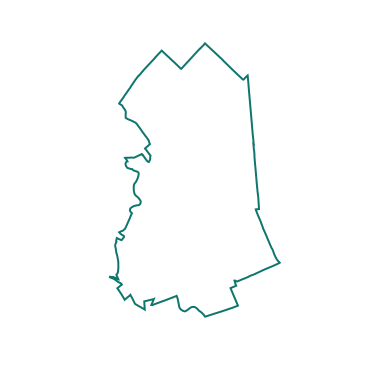 the district of Nuci, Ilfov, Romania, rotated 37°
{"feature_id": "2599482B37933054292549", "entity_name": "Nuci", "entity_type": "district", "adm_level": 2, "iso_a3": "ROU", "parent_name": "Romania", "parent_adm1": "Ilfov", "projection": "orthographic", "projection_center": [26.307, 44.722], "detail": "fine", "context": "isolated", "style": "outline", "palette": "teal", "viewbox_px": 384, "rotation_deg": 37, "n_neighbors": 0, "source": "geoboundaries", "source_scale": "gbopen_adm2", "svg_char_len": 5824}
<svg xmlns="http://www.w3.org/2000/svg" viewBox="0 0 384 384"><g transform="rotate(37 192 192)"><path d="M304.7,195.8L304.7,195.7L302.3,195.3L301.6,195.2L301.1,195.0L299.6,194.5L299.3,194.4L297.7,193.6L294.9,192.1L294.1,191.5L292.1,190.2L290.2,189.1L289.0,188.8L288.0,188.1L286.6,187.4L283.9,185.8L282.3,184.9L275.1,180.7L274.0,180.1L272.7,179.4L272.0,179.0L271.9,179.0L271.4,178.7L270.9,178.4L270.6,178.2L269.9,177.7L266.8,175.7L266.3,175.4L265.1,174.6L264.5,174.2L261.2,172.3L258.8,171.0L255.3,168.8L253.4,167.5L253.8,167.1L254.5,166.5L255.8,165.3L247.8,156.0L247.6,155.9L243.8,151.9L240.5,148.3L239.3,147.0L230.8,137.5L223.1,129.0L220.2,125.7L219.7,125.0L219.5,124.7L218.7,123.8L216.7,121.5L216.2,121.2L213.6,118.3L212.1,116.7L212.5,116.6L212.2,116.3L206.6,110.2L206.3,110.0L199.9,102.8L184.8,86.0L176.6,76.9L172.1,71.8L169.2,68.6L166.4,65.5L166.3,65.4L166.2,65.8L166.1,66.5L166.0,67.1L165.9,67.9L165.5,71.1L165.4,71.4L165.1,71.5L164.0,71.5L162.1,71.2L159.8,71.0L158.2,70.8L150.3,69.9L137.2,68.2L136.9,68.0L130.0,67.3L112.9,65.5L112.8,68.2L112.6,69.2L112.4,70.5L112.4,71.0L112.3,71.5L112.3,72.2L112.2,72.7L112.0,72.8L110.0,93.2L109.9,93.6L109.9,94.0L109.3,100.1L109.0,100.2L108.6,100.2L98.8,99.0L96.9,98.9L96.3,98.8L96.0,98.7L95.7,98.7L94.2,98.6L93.8,98.5L93.6,98.5L93.1,98.4L92.3,98.3L92.1,98.3L91.8,98.3L90.9,98.2L90.7,98.2L87.1,97.8L85.9,97.7L82.7,97.3L81.6,107.3L81.7,107.5L80.9,115.5L80.7,116.9L80.7,117.1L80.2,121.6L80.2,121.8L80.2,122.0L80.1,122.3L79.6,130.9L79.4,131.0L79.3,132.5L79.3,137.0L79.4,138.5L79.4,139.2L79.5,140.7L79.6,143.2L79.8,145.4L79.9,146.5L79.9,147.5L79.9,148.7L80.0,151.3L80.1,153.7L80.1,155.5L80.3,157.1L80.4,161.3L80.4,163.3L80.5,165.1L81.0,165.3L82.5,165.1L83.5,164.9L84.0,165.0L84.5,165.1L85.6,165.6L86.2,165.8L86.7,166.0L88.2,166.4L89.8,167.1L90.2,167.3L91.0,168.0L91.7,168.9L92.3,169.9L92.7,170.5L93.2,171.2L94.5,172.7L97.0,172.4L100.8,171.4L105.5,170.6L107.2,171.0L109.3,171.6L111.7,172.3L112.1,172.4L112.9,172.7L113.6,172.9L115.0,173.4L115.6,173.6L116.8,174.0L117.9,174.3L119.3,174.7L120.8,175.2L122.1,175.5L126.2,176.8L127.1,177.5L128.3,178.3L129.6,179.1L128.3,185.5L130.9,186.2L134.0,187.1L136.9,187.9L136.9,188.0L138.0,189.8L139.0,191.2L139.5,194.0L139.0,194.2L138.5,194.3L138.0,194.4L135.5,193.7L133.1,192.9L130.2,192.0L130.1,192.3L129.0,192.0L125.1,199.5L123.4,200.6L118.2,204.8L118.0,205.0L118.3,205.1L119.1,205.3L119.6,205.4L120.2,205.6L120.5,205.8L121.0,205.9L122.0,206.4L121.6,206.8L121.5,207.5L121.5,208.2L121.6,208.8L122.2,209.8L122.8,210.4L123.6,210.8L124.0,211.1L124.5,211.2L125.0,211.4L125.6,211.6L126.4,211.5L127.8,211.0L129.6,210.3L130.0,210.1L130.4,209.7L130.9,209.9L131.7,209.9L132.2,209.9L133.0,209.8L134.5,209.2L135.4,208.9L136.5,208.6L137.3,208.6L138.2,209.2L139.1,210.6L139.5,211.5L140.4,213.9L141.1,217.3L141.1,218.3L141.1,220.1L141.4,221.4L142.3,222.8L143.5,224.5L144.8,226.0L146.5,227.5L147.1,228.0L147.7,228.2L148.5,228.5L149.4,228.7L152.2,228.8L154.1,229.3L155.7,229.8L156.7,230.4L157.2,231.0L157.7,232.4L157.8,233.0L157.6,234.1L157.0,235.0L155.8,236.0L154.5,237.7L153.8,238.7L152.9,241.0L152.7,242.2L152.9,243.1L153.3,243.8L153.6,244.1L154.2,244.5L155.1,244.8L156.9,245.2L156.9,245.3L157.1,246.7L157.4,247.7L157.6,248.5L158.0,249.8L158.6,252.6L159.9,258.0L160.7,261.7L160.4,262.7L160.0,264.7L159.2,265.7L158.2,267.8L158.1,268.0L159.0,268.2L160.3,268.4L161.4,268.4L162.3,268.3L163.4,268.1L164.1,268.1L164.8,269.0L164.8,272.5L164.7,272.8L164.5,273.0L163.3,273.2L161.7,273.7L160.9,273.8L160.4,273.8L159.7,274.0L160.1,274.9L160.7,276.4L161.0,276.8L161.3,277.2L161.5,277.2L161.5,277.6L161.8,277.9L161.9,278.2L162.0,278.9L162.3,279.9L162.5,280.4L162.9,281.0L163.2,281.4L163.7,281.8L163.9,282.0L164.3,282.4L165.3,283.2L165.8,283.7L166.8,284.8L167.4,285.2L167.9,285.9L169.1,286.7L171.2,288.4L172.9,290.0L174.7,291.6L175.4,292.5L176.1,293.3L177.1,294.7L177.9,295.6L179.6,298.1L179.8,298.5L180.2,299.0L180.6,299.6L180.7,300.0L181.0,300.7L181.2,300.9L181.3,301.2L181.4,301.6L181.4,302.7L181.3,303.3L181.5,303.6L181.7,303.8L182.1,304.0L182.4,304.2L182.9,304.5L183.4,304.8L183.8,305.0L184.0,305.1L184.4,305.3L184.6,305.5L184.9,305.6L185.1,305.7L185.4,305.8L185.7,306.0L185.2,306.2L184.4,306.4L183.7,306.6L182.8,306.7L182.2,306.8L181.8,306.8L180.0,307.4L179.7,307.7L179.3,308.0L178.8,308.4L178.3,308.6L177.9,308.8L177.5,309.0L177.6,309.3L177.7,309.5L178.4,309.4L180.3,308.8L181.9,308.4L182.7,308.3L183.3,308.3L184.1,308.3L186.6,308.3L187.4,308.2L188.4,308.1L189.2,307.9L190.2,307.8L190.5,307.8L191.2,308.0L191.7,308.1L191.7,308.4L191.4,308.4L191.4,308.9L191.3,309.4L190.8,311.7L190.3,313.8L190.5,313.9L192.2,314.4L193.9,315.0L196.2,315.8L197.1,316.1L198.5,316.7L199.5,317.1L201.0,317.7L202.3,318.2L203.1,318.6L203.2,318.0L203.6,316.4L204.0,314.6L204.5,312.7L204.7,311.2L205.8,311.8L207.0,312.3L207.8,312.6L208.4,312.9L209.0,313.2L210.4,313.9L211.6,314.5L213.1,315.3L213.7,315.5L214.0,315.6L214.3,315.6L215.3,315.5L216.5,315.3L217.5,315.3L219.1,315.0L220.7,314.8L222.6,314.6L223.8,314.4L225.0,314.3L219.7,308.1L225.6,300.9L225.9,300.4L227.0,304.6L227.5,306.7L228.6,306.0L229.4,304.5L234.4,296.7L235.5,295.1L237.3,292.2L241.8,285.0L242.2,284.2L244.6,285.7L251.4,291.8L253.5,292.5L256.0,292.4L257.6,291.9L258.5,291.2L259.2,289.5L260.0,286.8L260.3,285.5L261.2,283.8L262.3,282.9L263.3,282.3L265.0,282.0L267.0,282.2L269.1,282.6L271.5,282.5L273.6,282.7L275.3,283.0L277.5,283.7L282.9,276.0L288.4,268.3L293.1,261.4L294.2,259.8L297.1,255.1L291.2,251.7L280.6,245.6L283.7,240.3L282.7,239.7L282.0,239.3L279.3,237.2L279.9,236.7L281.4,236.5L281.7,236.4L281.9,236.3L282.0,236.1L283.3,234.0L284.4,232.0L285.9,229.6L288.2,225.6L288.4,225.3L288.5,224.6L288.7,224.3L289.1,223.6L289.9,222.4L290.6,221.4L293.0,217.0L293.8,215.4L294.6,214.0L294.9,213.3L296.6,210.2L298.7,206.6L298.9,206.3L301.0,202.6L302.2,200.5L303.8,197.5L304.7,195.8Z" fill="none" stroke="#0f766e" stroke-width="2"/></g></svg>